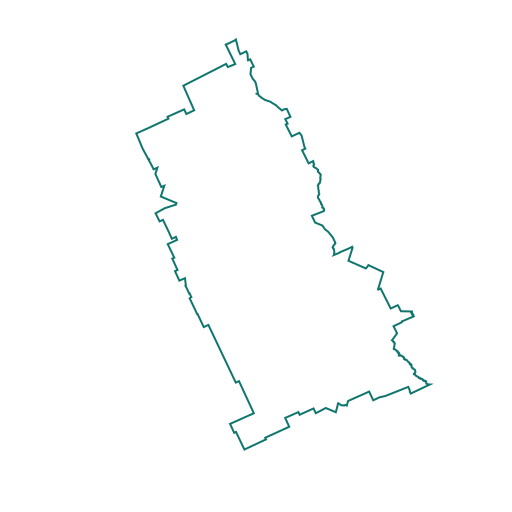 McKinlay, Queensland, Australia (Natural Earth projection), rotated 150°
{"feature_id": "25037944B31801469695154", "entity_name": "McKinlay", "entity_type": "district", "adm_level": 2, "iso_a3": "AUS", "parent_name": "Australia", "parent_adm1": "Queensland", "projection": "natural_earth1", "projection_center": [141.103, -20.594], "detail": "fine", "context": "isolated", "style": "outline", "palette": "teal", "viewbox_px": 512, "rotation_deg": 150, "n_neighbors": 0, "source": "geoboundaries", "source_scale": "gbopen_adm2", "svg_char_len": 5818}
<svg xmlns="http://www.w3.org/2000/svg" viewBox="0 0 512 512"><g transform="rotate(150 256 256)"><path d="M169.6,57.8L169.9,58.0L170.2,58.1L170.7,58.4L172.0,59.8L172.1,60.0L172.1,61.0L171.5,61.9L171.5,62.4L171.7,62.6L171.6,62.9L171.8,63.0L172.1,63.0L172.1,63.6L172.4,63.9L173.0,63.9L173.3,64.2L173.5,64.6L173.5,64.8L173.2,65.4L173.2,65.6L173.5,65.9L173.6,66.5L173.8,66.6L174.8,67.2L174.9,67.4L174.7,67.7L174.7,67.9L174.7,68.1L174.9,68.3L175.6,68.6L175.9,68.9L175.7,69.3L175.8,70.0L176.7,71.1L177.0,71.9L177.4,72.3L177.5,73.0L177.4,73.7L177.5,73.9L177.8,74.0L178.3,74.5L178.2,75.0L176.7,75.3L176.0,75.7L175.9,75.9L175.7,76.7L175.3,77.7L175.3,78.1L175.4,78.5L176.1,79.3L176.2,79.7L176.1,80.1L176.3,80.6L176.7,81.0L176.8,81.3L176.6,82.5L176.2,83.1L176.3,83.6L176.1,83.8L175.8,84.0L175.7,84.2L175.9,84.6L176.1,84.7L176.1,85.2L176.2,85.4L176.4,85.5L176.6,85.2L176.8,85.2L176.9,85.4L176.9,85.7L176.7,86.1L176.5,86.4L176.4,87.0L176.9,87.7L177.2,88.6L177.4,90.0L177.5,90.4L177.7,90.7L177.7,91.0L178.0,91.3L178.3,91.3L178.5,91.8L178.8,91.8L178.9,92.0L178.8,92.4L179.3,92.8L179.3,93.1L179.2,93.2L178.7,93.3L178.7,93.5L178.7,95.0L178.9,95.3L179.2,95.6L179.4,95.6L179.5,95.9L179.5,96.1L179.8,96.9L180.3,97.3L180.5,97.3L180.7,97.5L180.8,98.5L181.1,98.5L181.2,98.2L181.5,98.0L182.0,98.1L182.1,98.4L182.0,98.7L181.2,99.5L180.9,100.0L181.0,100.3L181.2,100.8L180.7,100.8L180.8,101.3L181.2,101.2L181.3,101.5L181.4,102.0L181.1,102.0L181.0,102.4L181.3,103.3L181.9,104.2L181.9,104.7L182.0,105.3L182.4,105.8L182.8,106.0L183.1,106.2L183.2,106.4L183.2,106.6L179.5,110.9L179.6,111.3L179.6,111.6L179.9,112.4L179.9,112.6L179.6,112.7L180.0,113.4L180.0,113.7L180.1,114.0L180.0,114.6L180.2,114.9L180.3,115.0L172.5,118.5L172.0,126.4L163.0,125.7L162.4,126.4L149.8,124.9L149.9,125.2L150.2,125.7L150.2,125.9L149.9,126.0L149.8,125.9L149.9,125.5L149.7,125.5L149.7,126.0L149.3,126.0L149.1,126.3L149.2,126.5L149.4,126.4L149.6,126.6L149.5,126.8L149.3,126.9L149.3,127.1L149.7,127.1L149.9,127.1L149.9,127.3L149.7,127.6L149.8,128.1L149.6,128.3L149.9,128.5L150.0,128.6L149.9,128.9L149.9,129.0L149.7,129.0L149.4,128.7L149.3,128.8L149.2,129.0L149.5,129.3L149.6,129.5L149.3,129.6L149.0,129.4L148.9,129.5L148.7,130.0L158.1,135.7L157.7,142.3L157.8,142.5L165.6,143.2L164.3,165.5L167.0,165.8L167.1,166.0L153.8,178.4L163.2,191.9L164.6,191.2L166.1,190.6L167.1,190.3L178.3,205.6L168.2,214.9L168.1,215.9L171.9,216.1L181.6,217.3L182.3,217.1L187.9,217.9L187.7,218.0L187.4,218.8L187.1,219.0L186.1,220.4L185.4,222.2L185.0,223.6L185.4,224.0L185.4,224.4L185.3,224.6L185.4,225.0L184.8,225.4L184.4,225.9L183.3,226.3L183.1,226.5L181.5,227.0L181.4,227.3L181.2,227.4L180.9,227.4L180.8,227.7L180.7,227.8L180.2,233.6L181.4,241.0L183.0,244.9L183.2,249.1L188.1,255.4L187.5,262.9L174.8,261.0L174.6,261.1L174.1,261.4L174.0,261.6L173.9,262.7L173.5,263.2L173.6,263.5L173.8,263.8L174.0,264.6L174.3,264.7L174.4,264.9L174.3,265.1L173.8,265.3L173.6,265.8L173.3,267.1L173.3,267.7L173.6,268.0L173.6,268.3L173.6,268.7L173.0,269.9L173.0,270.3L173.2,270.6L173.2,271.2L173.3,271.7L173.2,272.3L173.0,273.2L173.2,274.2L173.1,274.6L173.2,275.2L172.9,275.8L172.9,276.2L172.6,276.4L172.2,277.0L171.8,277.3L171.1,277.4L170.6,277.6L170.1,278.3L170.0,279.3L169.2,280.9L168.9,281.4L168.6,282.8L167.6,284.6L167.4,285.6L167.2,286.1L166.8,286.4L166.4,286.4L166.0,286.6L165.5,287.3L165.1,287.4L164.6,287.2L164.3,287.3L163.3,288.1L162.9,289.0L162.5,289.4L161.7,290.0L161.5,290.4L161.5,290.5L161.6,290.8L161.6,291.2L161.0,291.9L160.6,292.2L160.5,292.4L160.5,292.6L160.0,293.3L159.3,293.9L159.3,294.5L159.3,294.8L159.6,295.3L159.7,295.8L159.6,296.4L159.8,296.6L159.8,297.1L160.1,297.5L160.2,297.8L160.1,298.5L159.2,299.3L159.1,299.6L159.4,300.0L159.8,301.3L160.1,301.9L160.2,302.3L160.4,302.7L160.8,303.0L160.9,303.4L161.4,304.1L161.3,304.9L161.4,305.2L161.3,305.4L160.7,305.9L160.5,306.0L160.1,306.0L159.9,306.1L159.8,306.9L159.9,307.2L159.7,308.0L159.4,308.2L159.3,308.4L159.2,309.1L159.0,309.6L164.1,309.9L163.2,324.6L159.6,324.3L159.5,326.3L156.3,337.5L156.8,341.0L165.2,341.7L164.5,355.0L162.5,354.8L162.2,359.9L156.6,359.3L155.8,368.1L158.6,369.1L159.8,368.9L160.0,369.0L160.5,369.0L160.8,369.1L161.5,371.2L162.1,372.5L162.3,373.3L162.5,373.6L163.2,376.3L163.9,377.5L164.2,378.3L165.1,379.7L166.5,382.6L167.7,383.8L167.9,384.2L168.3,384.5L169.6,386.1L170.2,386.7L171.0,388.3L171.5,389.1L172.0,390.1L172.6,391.8L173.2,392.9L173.2,394.1L173.6,395.2L174.0,395.8L173.9,395.8L174.0,396.1L172.9,396.0L169.7,406.0L169.6,408.0L170.2,410.8L169.9,416.2L166.1,421.4L163.2,421.1L162.7,429.2L165.1,429.4L165.1,429.6L162.3,435.3L162.1,438.1L168.7,438.6L168.3,442.7L165.2,453.5L165.6,453.4L168.3,453.3L168.8,453.5L171.9,453.7L172.7,453.6L173.0,453.8L176.5,454.2L178.0,432.6L185.9,433.7L185.8,437.3L233.8,439.8L236.7,413.1L245.3,413.8L244.9,418.9L263.0,420.8L263.2,418.7L285.9,420.7L298.4,422.0L300.5,405.6L300.8,394.0L300.3,393.8L300.3,393.2L300.9,393.3L301.0,387.6L301.3,382.2L297.2,381.8L302.1,377.4L303.5,363.1L300.3,362.7L308.7,355.1L298.4,341.6L299.6,340.5L311.0,343.0L321.6,343.2L322.2,334.2L318.5,333.8L319.5,320.6L320.3,313.0L315.8,312.6L316.3,309.4L326.5,310.4L327.6,295.4L329.8,295.6L331.0,283.1L333.7,283.4L334.7,273.0L328.6,272.3L331.3,266.0L331.5,265.6L331.9,265.6L332.6,256.8L332.2,256.8L332.6,252.8L332.9,252.9L334.1,252.5L334.6,252.5L336.0,235.0L335.6,234.9L336.8,220.6L331.7,220.1L336.8,156.5L333.3,156.1L336.5,120.9L362.4,123.6L363.3,113.8L361.3,113.7L362.8,94.2L339.0,92.2L338.9,94.0L312.6,91.5L311.7,101.2L297.3,99.6L297.6,96.7L282.4,95.2L282.8,89.9L271.6,89.5L265.0,80.8L261.2,84.6L258.0,88.0L258.2,87.4L258.1,86.4L257.8,85.9L257.2,85.3L256.8,84.0L256.3,83.7L255.3,83.3L254.9,82.7L254.5,82.4L253.9,82.4L253.3,82.5L252.5,81.8L252.2,81.1L248.7,84.4L225.8,82.0L226.6,72.4L219.8,71.9L214.1,70.1L189.6,66.5L189.9,63.3L190.6,61.5L190.8,59.5L169.6,57.8Z" fill="none" stroke="#0f766e" stroke-width="2"/></g></svg>